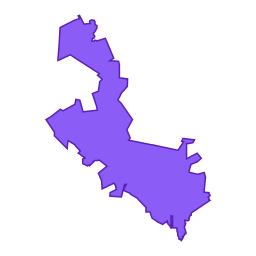 outline of Magdalena, Sonora, Mexico
{"feature_id": "50627088B62181575538167", "entity_name": "Magdalena", "entity_type": "district", "adm_level": 2, "iso_a3": "MEX", "parent_name": "Mexico", "parent_adm1": "Sonora", "projection": "albers", "projection_center": [-110.948, 30.763], "detail": "fine", "context": "isolated", "style": "filled", "palette": "violet", "viewbox_px": 256, "rotation_deg": 0, "n_neighbors": 0, "source": "geoboundaries", "source_scale": "gbopen_adm2", "svg_char_len": 4890}
<svg xmlns="http://www.w3.org/2000/svg" viewBox="0 0 256 256"><path d="M74.8,20.1L60.1,27.5L59.4,39.4L59.1,44.8L58.2,56.6L57.9,60.5L70.3,54.8L99.3,73.6L97.5,75.3L101.9,78.8L102.0,79.3L99.7,81.6L99.3,85.2L98.4,91.1L92.4,93.6L96.4,105.7L97.4,110.2L83.1,111.8L79.8,100.2L75.9,99.4L74.9,104.3L63.0,110.8L60.3,109.3L60.2,109.4L51.6,116.2L46.0,119.6L54.4,132.1L54.4,135.8L67.2,148.6L67.3,146.4L67.9,141.2L68.3,140.7L75.3,145.0L75.3,145.6L79.1,149.8L80.3,151.0L78.2,153.1L80.9,154.8L81.5,155.6L84.7,157.4L84.9,158.3L83.6,158.3L82.7,159.0L82.7,162.1L82.8,163.6L84.5,164.4L85.5,164.9L86.3,165.3L87.5,165.9L87.7,165.7L88.9,164.9L89.5,165.7L93.4,162.1L93.1,161.8L95.2,160.5L95.6,160.5L96.1,160.6L99.6,160.2L106.9,166.2L98.4,173.2L101.6,180.7L102.1,188.9L114.0,183.1L114.1,183.3L114.2,183.5L114.3,183.7L114.4,183.8L114.5,183.9L114.6,184.0L114.8,184.5L115.1,185.0L115.3,185.3L116.0,186.3L115.8,186.4L115.7,186.6L115.6,186.9L116.4,189.5L110.2,192.5L109.9,196.2L121.4,196.9L124.5,184.5L126.3,184.4L123.4,190.4L130.1,193.3L130.3,193.9L131.2,194.6L137.3,198.2L138.3,199.5L145.7,207.2L146.3,207.7L145.9,209.0L146.0,212.0L150.0,211.9L152.0,218.0L157.7,221.9L162.8,224.5L163.0,224.3L163.2,224.1L163.7,223.6L164.2,223.1L164.4,222.9L164.6,222.7L164.9,222.6L165.0,222.6L165.6,222.5L166.1,222.5L166.4,222.5L166.7,222.3L166.6,222.1L166.5,221.9L166.5,221.7L166.6,221.4L166.8,221.3L166.9,221.2L167.0,221.2L167.3,221.0L167.6,222.2L167.7,222.8L167.8,223.1L167.9,223.4L168.1,224.1L168.5,224.4L168.6,224.6L168.8,224.9L169.0,225.0L169.3,225.3L169.6,225.4L169.6,225.5L169.8,225.7L169.9,225.9L170.0,225.9L170.1,226.0L170.2,226.3L170.2,226.5L170.3,226.6L170.5,226.8L170.5,227.0L170.5,227.3L170.9,227.5L171.0,228.0L171.1,228.4L171.2,228.7L170.9,215.9L172.5,216.0L172.6,227.8L176.8,228.0L177.1,231.7L177.6,231.8L177.7,235.1L177.9,235.4L177.9,235.6L178.0,236.0L178.1,236.3L178.4,236.6L178.6,236.9L178.8,237.2L178.8,237.3L178.8,237.6L178.8,238.0L178.8,238.6L178.9,238.8L178.9,239.0L179.1,239.2L179.2,239.3L179.3,239.4L179.6,239.3L179.8,239.2L180.0,239.1L180.4,239.5L180.5,239.5L180.6,239.4L180.6,239.7L180.7,239.9L181.0,240.2L181.4,240.6L182.5,238.8L183.3,237.2L182.5,236.6L183.5,236.1L183.5,235.9L183.6,235.7L183.8,235.6L184.0,235.5L184.1,235.3L184.1,235.2L184.3,235.0L184.5,235.0L184.5,234.8L184.5,234.7L184.5,234.4L184.8,234.2L185.0,234.1L185.1,233.8L185.1,233.6L185.3,233.6L185.2,233.5L185.3,233.5L185.3,233.4L185.4,233.2L185.5,233.1L185.7,232.8L185.8,232.8L185.9,232.7L186.0,232.7L184.4,227.3L184.4,227.0L184.5,226.7L184.7,226.3L184.7,225.6L185.0,225.3L185.3,225.1L185.2,224.1L185.5,223.9L185.5,223.7L185.6,223.4L185.7,223.2L185.4,223.1L185.2,223.0L185.2,222.9L185.2,222.7L185.1,222.3L185.1,222.2L184.9,221.8L184.7,221.4L184.6,221.2L184.7,220.9L184.6,220.6L184.7,220.3L184.8,220.3L185.7,220.3L185.8,220.2L186.0,220.2L186.1,220.3L186.1,220.5L186.3,220.5L186.5,220.6L187.0,220.8L187.2,220.7L187.3,220.8L187.5,220.8L187.7,220.7L187.8,220.6L188.0,220.5L188.3,220.5L188.6,220.4L188.8,220.3L188.9,220.2L189.0,220.1L189.0,219.9L188.9,219.8L188.9,219.6L189.0,219.3L189.1,219.2L189.0,218.8L189.1,218.7L188.9,218.5L188.9,218.4L189.0,218.2L189.1,217.9L189.3,217.5L189.5,217.3L189.5,217.1L189.5,216.9L189.7,216.6L189.8,216.4L189.9,216.2L189.9,215.8L190.0,215.7L190.3,215.6L190.4,215.4L190.4,215.2L190.5,215.2L190.6,215.3L191.1,215.3L191.2,215.2L191.2,213.0L202.7,205.2L210.0,200.3L208.8,199.5L209.0,198.1L208.1,197.1L209.9,195.8L210.0,194.8L208.5,193.4L208.9,192.6L204.0,192.2L205.5,177.3L204.2,172.5L197.6,174.3L189.2,172.3L189.1,170.8L191.0,164.4L197.3,161.8L201.3,158.3L197.1,153.2L186.6,158.8L186.5,143.6L187.8,143.7L192.9,142.7L194.5,139.8L189.3,139.2L183.0,138.4L181.6,141.3L183.6,141.8L178.0,150.3L155.4,145.5L154.0,145.1L153.6,145.0L151.5,144.8L128.6,140.2L130.2,138.0L126.8,129.8L132.5,119.6L121.2,103.3L117.9,100.0L121.6,92.8L127.3,86.5L127.6,78.9L119.4,77.8L119.4,65.0L118.6,61.3L115.5,61.1L109.7,60.8L113.7,58.2L108.1,44.9L105.4,38.3L96.7,41.0L96.0,40.4L94.7,40.3L94.4,41.1L91.8,41.1L92.6,38.4L93.3,38.3L93.9,38.1L94.1,37.7L94.5,37.2L94.7,36.7L94.7,36.3L94.6,36.0L94.5,35.7L94.3,35.5L94.0,35.2L93.8,35.1L93.7,35.0L93.8,34.9L93.7,34.5L93.6,34.0L93.4,33.7L93.4,33.3L93.4,33.2L93.5,33.1L93.6,32.9L93.8,32.8L94.0,32.6L94.3,32.4L94.5,31.9L94.8,31.6L95.0,31.3L95.4,30.8L95.6,30.5L95.7,30.3L95.8,30.1L96.0,29.5L96.2,29.1L96.6,28.7L96.8,28.4L96.8,28.1L96.7,27.9L96.7,27.7L96.7,27.4L96.7,27.1L96.8,27.0L96.9,26.9L96.9,26.7L97.0,26.5L97.0,26.3L97.0,26.1L97.0,25.9L96.8,25.6L96.6,25.5L96.5,25.3L96.1,25.1L95.7,24.9L95.3,24.8L95.2,24.5L95.2,24.2L95.0,23.9L94.9,23.6L95.0,23.0L95.0,22.2L94.9,21.9L94.8,21.7L94.8,21.4L94.7,21.1L94.5,20.8L94.3,20.4L94.1,20.5L93.9,20.5L93.8,20.4L93.7,20.4L93.4,20.2L93.2,20.1L92.7,20.1L92.2,20.1L91.8,20.0L91.5,20.1L91.2,20.1L90.4,20.4L90.1,20.5L89.9,20.7L89.9,20.8L89.6,21.2L89.5,21.4L90.2,23.5L84.0,24.1L79.5,15.4L78.2,15.8L79.3,18.7L74.8,20.1Z" fill="#8b5cf6" stroke="#5b21b6" stroke-width="1.5"/></svg>